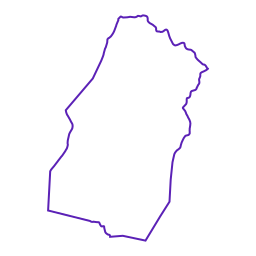 the district of Santa Rita, Santa Bárbara, Honduras
{"feature_id": "27666195B84919379327477", "entity_name": "Santa Rita", "entity_type": "district", "adm_level": 2, "iso_a3": "HND", "parent_name": "Honduras", "parent_adm1": "Santa Bárbara", "projection": "natural_earth1", "projection_center": [-88.257, 14.756], "detail": "fine", "context": "isolated", "style": "outline", "palette": "violet", "viewbox_px": 256, "rotation_deg": 0, "n_neighbors": 0, "source": "geoboundaries", "source_scale": "gbopen_adm2", "svg_char_len": 5626}
<svg xmlns="http://www.w3.org/2000/svg" viewBox="0 0 256 256"><path d="M48.1,210.5L90.1,221.0L90.5,221.3L91.0,221.6L91.3,221.7L91.7,221.8L92.0,221.9L92.7,221.9L93.0,221.9L93.4,221.8L93.5,221.7L94.2,221.8L96.4,222.1L98.0,222.2L98.5,222.2L99.0,222.4L99.2,222.5L100.2,224.8L100.5,225.2L100.8,225.7L101.1,226.1L101.4,226.3L101.8,226.4L102.2,226.4L102.9,226.2L103.4,226.2L103.8,226.2L103.9,226.3L104.0,226.4L104.1,226.6L104.2,226.9L104.2,227.3L104.2,227.7L104.4,228.6L105.2,231.8L105.3,232.1L105.5,232.4L105.8,232.9L106.1,233.2L106.7,233.7L107.4,234.2L107.9,234.5L108.3,234.7L108.5,234.7L108.9,234.7L109.1,234.8L109.4,234.9L109.7,235.1L109.8,235.2L109.9,235.5L110.0,235.8L110.1,236.3L110.1,236.8L122.8,235.8L145.5,240.6L160.3,216.2L169.5,201.7L170.7,179.6L172.5,162.2L174.2,154.7L174.4,154.0L175.0,152.8L175.7,151.8L176.3,151.1L176.7,150.6L177.0,150.3L177.3,150.1L178.2,149.5L178.8,149.0L179.8,148.1L180.0,147.8L180.2,147.6L180.3,147.4L180.4,147.1L180.7,145.9L180.8,145.3L181.5,143.0L181.7,142.4L182.8,140.0L183.6,138.4L183.8,138.0L184.6,136.9L185.0,136.3L185.4,135.9L185.5,135.8L185.7,135.7L186.1,135.6L186.8,135.4L187.6,135.2L188.4,135.0L188.6,134.9L188.9,134.6L189.2,134.2L189.5,133.8L189.7,133.4L189.7,133.0L189.7,132.5L189.7,131.8L189.6,130.2L189.7,129.3L189.7,128.4L189.9,127.5L190.1,126.1L190.2,125.5L190.3,124.3L190.4,123.7L190.3,122.9L190.2,122.3L190.1,121.6L189.9,121.2L189.7,120.5L189.2,119.4L188.9,118.8L188.3,117.8L188.0,117.2L187.4,115.8L187.1,115.4L186.7,114.6L186.5,114.4L186.3,113.9L185.8,112.5L185.2,111.1L185.0,110.8L183.0,108.3L182.9,108.1L182.9,107.9L182.9,107.6L183.0,107.4L183.2,107.2L185.8,104.4L186.0,104.2L186.2,103.9L186.3,103.6L186.4,103.2L186.6,102.8L186.6,102.4L186.7,101.9L186.7,100.3L186.7,99.1L186.8,98.8L186.9,98.5L186.9,98.3L187.0,98.2L187.4,98.0L187.9,97.9L188.6,97.8L188.9,97.6L189.1,97.5L189.3,97.3L189.5,97.1L189.7,96.9L190.0,96.3L190.2,95.6L190.4,94.8L190.5,93.5L190.6,92.9L190.8,92.2L190.9,91.9L191.0,91.7L191.4,91.3L191.8,91.0L192.8,90.7L195.2,90.0L195.5,89.8L196.0,89.4L196.2,89.1L196.4,88.8L196.6,88.5L196.7,87.9L196.8,87.5L197.0,87.2L197.3,86.8L197.4,86.6L197.7,85.8L198.0,85.3L198.3,84.7L198.8,84.1L199.0,83.8L199.2,83.4L199.3,83.0L199.3,82.6L199.4,82.2L199.3,81.5L199.2,80.6L199.1,80.2L199.1,79.7L199.1,79.2L199.2,78.9L199.4,78.5L199.6,78.0L199.9,77.3L200.2,76.4L200.3,76.1L200.3,75.6L200.3,75.2L200.3,74.4L200.3,74.1L200.4,73.6L200.5,73.4L200.6,73.2L200.8,72.9L201.1,72.7L201.4,72.5L202.0,72.1L202.5,71.9L203.5,71.5L204.9,70.8L205.6,70.4L205.9,70.3L207.7,69.0L207.8,68.9L207.9,68.7L207.4,68.3L207.2,68.2L206.9,67.8L206.4,66.8L206.0,66.3L205.7,65.7L205.3,65.3L204.8,64.9L204.5,64.7L204.2,64.6L203.8,64.5L203.3,64.5L203.1,64.4L202.8,64.3L202.6,64.2L200.5,62.2L198.3,60.3L197.3,59.3L196.4,58.2L196.1,57.8L195.8,57.4L195.6,57.1L195.5,56.6L195.4,55.4L195.0,53.8L194.9,53.4L194.7,53.0L194.5,52.6L194.2,52.4L191.8,50.4L191.5,50.1L191.1,49.9L190.8,49.8L190.5,49.7L189.3,49.6L188.1,49.4L187.8,49.3L187.3,49.1L186.9,48.9L186.5,48.7L186.2,48.4L185.9,48.0L185.5,47.4L185.2,46.7L184.9,46.2L184.8,45.7L184.6,44.6L184.5,43.9L184.3,43.3L184.2,43.2L183.7,42.9L183.2,42.8L182.4,42.8L181.8,42.9L181.1,43.2L180.5,43.4L178.8,44.3L177.9,44.7L176.8,45.1L175.8,45.3L175.5,45.4L175.2,45.4L174.9,45.3L174.6,45.2L174.1,44.9L173.6,44.5L173.1,44.1L172.8,43.6L170.4,38.9L170.1,38.3L169.8,37.5L169.3,36.2L168.3,32.7L167.8,31.2L167.6,30.8L167.4,30.4L167.1,30.1L166.9,29.9L166.6,29.7L166.3,29.6L166.0,29.6L165.7,29.7L165.2,29.9L164.8,30.1L163.7,31.0L163.2,31.3L162.9,31.5L162.6,31.7L162.3,31.8L161.8,31.9L161.3,31.9L160.5,32.0L159.9,31.7L159.3,31.5L158.9,31.5L157.9,31.5L157.5,31.4L157.0,31.3L156.8,31.2L156.7,31.2L156.4,30.8L156.3,30.5L156.2,30.1L156.1,29.7L156.1,29.4L156.1,29.1L156.1,28.6L156.1,28.3L156.0,27.9L155.8,27.5L155.7,27.3L155.6,27.1L154.2,26.0L152.8,24.8L151.4,24.0L149.9,23.2L149.5,22.9L149.2,22.6L148.7,22.2L148.5,21.9L148.2,21.6L147.9,21.1L147.8,20.8L147.7,20.5L147.7,20.0L147.7,19.3L147.7,18.7L147.6,18.0L147.4,17.2L147.2,16.9L147.0,16.6L146.8,16.4L146.5,16.2L146.1,16.0L145.1,15.7L144.1,15.5L143.2,15.4L142.9,15.4L142.3,15.6L141.6,16.0L141.1,16.3L140.8,16.4L140.6,16.3L139.9,16.2L139.1,16.0L138.2,15.9L137.9,15.9L137.7,16.0L137.4,16.2L137.2,16.4L136.7,16.7L135.8,17.1L135.2,17.2L134.5,17.3L133.5,17.2L131.0,16.9L130.0,16.8L129.9,16.8L129.6,16.9L129.1,17.0L127.1,17.3L123.4,17.5L123.1,17.5L122.6,17.3L122.3,17.2L121.8,16.9L121.4,16.7L121.1,16.6L120.6,16.6L118.6,18.6L118.4,18.8L118.3,19.1L118.3,19.7L118.3,20.1L118.3,20.3L118.2,20.6L117.8,21.4L116.4,24.8L116.3,25.2L116.1,26.1L115.9,26.5L114.4,30.5L114.0,31.5L113.1,33.2L112.6,34.0L112.0,34.9L111.4,35.7L110.9,36.4L110.2,37.0L109.6,37.5L109.3,37.8L108.6,38.1L108.2,38.4L107.8,38.9L107.6,39.1L107.5,39.3L107.5,39.5L107.4,39.7L107.3,41.2L107.2,42.5L107.1,42.9L105.7,47.5L105.5,47.8L105.3,48.2L105.1,48.5L104.8,49.5L104.5,50.7L104.2,51.7L104.0,52.4L103.7,53.7L103.6,54.4L103.2,55.7L102.8,56.8L101.2,60.8L92.8,78.5L65.8,110.2L66.0,111.4L66.2,112.3L66.6,113.5L66.9,114.3L67.2,114.9L67.7,115.6L68.1,116.3L69.3,118.4L70.0,119.6L71.0,121.7L71.9,123.2L72.3,124.0L72.5,124.7L72.6,125.5L72.6,126.2L72.6,126.6L72.5,127.1L72.4,127.8L72.3,128.3L72.0,129.0L71.2,130.4L70.3,131.9L69.9,132.6L69.5,133.5L69.2,134.1L69.0,135.0L68.5,137.3L68.0,139.4L67.8,140.4L67.7,141.4L67.6,142.9L67.6,143.5L67.8,144.4L67.8,144.6L67.8,144.9L67.6,145.9L67.4,146.7L67.0,148.0L66.8,148.5L66.7,148.8L66.2,149.4L65.6,150.5L65.3,151.1L62.3,155.5L62.0,155.9L61.4,156.5L61.1,156.9L59.1,159.5L58.3,160.5L58.1,160.8L57.8,161.2L57.6,161.5L56.9,162.4L55.6,164.1L54.0,166.2L52.8,167.6L51.4,169.3L51.1,169.7L50.8,170.2L50.2,171.3L48.1,210.5Z" fill="none" stroke="#5b21b6" stroke-width="2"/></svg>